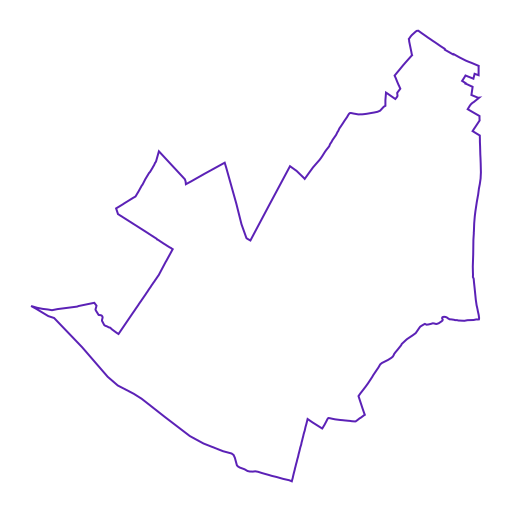 outline of Zacatelco, Tlaxcala, Mexico
{"feature_id": "50627088B32824075530997", "entity_name": "Zacatelco", "entity_type": "district", "adm_level": 2, "iso_a3": "MEX", "parent_name": "Mexico", "parent_adm1": "Tlaxcala", "projection": "mercator", "projection_center": [-98.258, 19.197], "detail": "fine", "context": "isolated", "style": "outline", "palette": "violet", "viewbox_px": 512, "rotation_deg": 0, "n_neighbors": 0, "source": "geoboundaries", "source_scale": "gbopen_adm2", "svg_char_len": 5958}
<svg xmlns="http://www.w3.org/2000/svg" viewBox="0 0 512 512"><path d="M133.8,393.8L141.7,398.8L164.9,417.0L189.9,436.1L203.5,443.5L223.0,451.2L231.6,453.5L233.6,455.0L234.9,457.9L236.9,465.3L237.9,466.4L239.7,467.5L244.6,469.3L247.5,471.0L249.7,471.5L252.8,471.6L255.3,471.3L258.1,471.8L261.8,473.0L265.7,474.1L268.6,474.9L271.9,475.9L276.6,477.0L283.2,478.9L289.1,480.2L291.8,481.3L292.0,480.5L292.1,480.1L292.8,477.7L292.9,477.0L293.3,475.3L293.8,473.2L294.8,469.4L294.9,468.7L295.5,466.5L296.0,464.4L296.5,462.6L296.7,461.9L296.8,461.5L297.0,460.6L297.5,458.6L298.0,457.0L298.6,454.2L299.5,450.8L300.3,447.4L301.1,444.9L301.2,444.5L301.6,442.4L302.0,441.0L302.6,438.5L303.2,436.2L303.6,434.4L304.2,432.2L304.7,430.7L305.5,427.0L306.3,424.2L307.6,419.0L309.6,420.4L312.5,422.4L314.9,423.9L318.7,426.3L322.2,428.5L322.7,427.8L324.0,425.6L324.4,425.0L325.4,423.1L326.3,421.4L326.6,420.8L327.3,419.4L327.9,418.4L328.6,418.0L329.8,418.2L332.9,418.9L334.0,419.1L334.9,419.3L336.4,419.5L338.8,419.8L340.4,420.0L342.8,420.2L344.5,420.4L346.6,420.6L348.6,420.8L350.0,420.9L351.7,421.2L353.0,421.3L354.5,421.4L355.6,421.4L356.9,420.5L359.8,418.2L360.3,418.0L361.2,417.4L364.4,415.0L364.8,414.8L364.7,414.5L363.8,412.1L362.4,408.0L359.9,400.4L358.5,396.1L360.3,393.5L365.5,386.8L367.9,383.5L370.8,379.1L372.3,376.8L373.2,375.2L376.7,370.0L378.3,367.7L380.2,364.4L381.9,363.0L386.3,360.8L388.1,359.9L391.4,357.8L392.8,356.6L393.6,355.3L394.2,353.9L395.4,352.3L397.9,349.3L401.1,345.3L401.8,343.9L406.1,339.9L407.3,338.9L413.0,335.1L415.3,333.4L415.7,333.1L417.1,331.1L419.3,327.9L420.2,326.7L421.2,326.0L423.7,324.5L424.9,323.9L425.5,324.2L426.6,324.7L427.3,324.6L428.2,324.5L430.9,323.9L432.7,323.3L433.9,323.4L435.7,323.9L436.3,324.0L437.2,323.8L438.8,323.2L440.7,321.9L441.6,321.3L442.5,320.5L442.7,319.7L442.1,318.2L442.3,317.4L442.7,317.1L443.4,316.9L444.3,316.8L445.7,317.0L447.4,317.8L448.0,318.4L449.6,319.3L451.4,319.4L454.1,319.8L455.0,320.1L456.9,320.1L458.4,320.5L464.4,320.8L467.4,320.2L473.6,320.0L476.3,319.4L477.5,319.5L478.9,319.4L479.0,319.0L479.1,318.0L478.7,315.0L477.8,310.9L477.7,310.5L477.7,310.2L477.1,307.4L476.6,305.3L475.8,299.8L474.7,288.9L474.0,282.4L473.7,278.9L473.6,278.5L473.5,278.3L472.9,277.0L473.0,274.9L472.9,271.6L472.8,266.5L473.2,254.4L473.4,239.9L473.6,236.6L473.8,233.7L473.8,232.2L473.9,231.5L474.2,223.3L474.8,216.1L475.4,211.3L476.8,202.0L477.8,196.4L478.1,194.9L478.8,189.5L478.9,188.7L479.6,185.1L479.8,184.1L480.6,178.5L480.9,172.4L480.7,163.6L480.5,158.1L480.3,154.2L480.1,146.7L479.9,141.7L479.9,139.2L479.8,135.5L478.8,134.9L476.8,133.7L472.6,131.1L474.0,128.9L474.9,127.6L479.6,120.5L479.5,118.3L479.5,116.0L475.1,113.5L467.7,109.2L469.9,105.6L470.9,104.3L472.4,102.9L473.7,102.1L478.5,98.2L479.1,97.7L478.2,97.8L471.4,95.0L472.6,87.0L472.6,86.8L471.0,86.1L468.6,85.0L467.4,84.4L465.4,83.6L465.6,83.1L462.1,80.9L463.1,79.4L464.4,77.4L465.5,75.5L473.4,78.7L474.6,73.8L478.6,75.2L478.6,69.9L478.6,67.5L478.7,65.9L477.3,65.3L471.6,62.9L468.7,61.8L465.8,60.6L459.5,57.4L453.6,54.1L453.2,54.5L444.8,49.7L444.8,48.9L440.5,46.1L434.7,42.1L432.4,40.6L430.7,39.4L427.7,37.4L426.2,36.3L421.9,33.3L419.1,31.3L418.3,30.7L417.5,30.8L416.7,30.9L415.7,31.6L411.8,35.1L410.6,36.5L409.6,38.0L408.8,39.0L409.0,39.7L409.1,40.2L409.2,41.5L410.2,46.4L411.4,52.2L411.7,53.9L411.9,54.8L412.1,55.2L411.3,56.0L404.9,63.2L403.8,64.5L403.5,64.8L400.8,68.1L394.6,75.6L395.8,78.2L397.1,81.5L398.6,85.0L399.0,85.7L399.5,86.9L400.0,88.0L400.3,88.7L397.3,92.7L397.2,93.0L397.5,95.7L397.4,96.1L397.2,96.6L396.5,97.6L395.3,99.0L387.4,93.5L386.3,92.8L386.0,92.6L385.4,100.3L385.4,103.9L385.4,105.3L385.4,105.8L383.7,106.8L380.1,110.7L377.5,111.8L374.2,112.5L371.2,113.0L366.7,113.8L363.5,114.2L362.4,114.3L358.3,114.4L355.0,113.8L353.8,113.6L351.5,113.1L350.1,113.0L349.1,113.7L348.1,115.2L347.1,117.0L344.4,120.9L343.2,122.8L340.8,126.4L339.4,128.4L338.1,131.2L337.5,132.0L336.1,134.9L332.6,139.9L331.3,142.3L330.1,144.0L329.2,146.3L326.1,150.2L324.9,151.9L322.4,155.9L320.9,158.1L320.3,158.9L319.3,160.2L316.3,163.6L313.0,167.4L309.5,172.2L304.7,178.9L303.7,177.8L296.7,171.0L290.0,166.2L269.5,204.5L250.4,240.5L247.2,238.7L246.4,238.0L241.5,224.3L236.3,203.6L226.2,167.6L224.7,162.7L206.3,172.8L204.1,174.0L191.1,181.4L185.9,184.2L185.6,181.5L184.9,179.3L158.9,151.3L156.1,161.2L155.5,162.4L155.4,162.5L155.1,162.8L154.2,164.9L153.5,166.1L153.1,166.7L152.6,167.7L150.0,172.0L149.1,172.9L145.3,179.2L142.5,184.7L141.8,185.5L138.5,191.5L135.5,196.5L132.7,198.1L123.7,203.7L123.5,203.9L119.6,206.3L116.1,208.4L118.0,214.1L148.2,233.3L149.2,234.0L156.7,238.8L157.0,239.4L157.4,239.5L159.1,240.5L159.9,241.1L160.7,241.6L161.4,242.1L161.9,242.4L162.4,242.7L162.8,243.0L163.2,243.3L163.6,243.5L164.0,243.8L164.5,244.1L164.9,244.3L165.3,244.6L165.7,244.8L166.1,245.1L166.5,245.4L166.9,245.6L167.3,245.9L167.7,246.1L168.1,246.4L168.5,246.6L168.9,246.9L169.3,247.1L169.7,247.4L170.2,247.6L170.6,247.8L171.0,248.0L171.4,248.4L171.8,248.6L172.2,248.9L172.7,249.2L166.2,261.1L165.8,261.7L159.4,273.8L159.0,274.6L158.4,275.6L157.8,276.3L157.2,277.3L156.6,278.1L156.1,278.9L155.5,279.7L154.9,280.6L154.4,281.4L153.8,282.2L153.2,283.0L152.7,283.8L152.5,284.1L151.9,284.9L151.3,285.8L150.7,286.8L148.8,289.5L148.1,290.6L147.4,291.7L146.6,292.8L145.9,293.9L145.3,294.8L144.6,295.8L143.9,296.8L143.3,297.7L142.6,298.7L141.9,299.7L141.3,300.6L140.7,301.5L140.0,302.4L139.5,303.2L138.9,304.0L138.4,304.9L137.8,305.7L137.3,306.5L136.5,307.6L135.6,308.9L134.9,310.0L132.8,313.0L118.5,334.0L116.5,332.7L112.0,329.4L110.2,327.7L108.9,327.4L106.6,326.2L105.3,325.8L104.2,325.0L102.1,321.0L102.0,320.8L102.0,320.0L102.6,317.6L102.4,316.5L101.7,315.6L100.8,315.2L98.9,315.0L98.6,314.9L95.8,310.4L95.5,309.5L95.6,309.0L96.1,307.3L96.5,305.7L94.3,302.8L78.7,306.0L77.1,306.6L57.5,309.1L52.0,310.2L47.9,309.5L42.8,308.9L37.2,307.8L31.1,306.0L36.0,308.7L48.3,316.1L54.1,318.0L82.1,347.2L107.7,376.8L117.8,385.5L133.8,393.8Z" fill="none" stroke="#5b21b6" stroke-width="2"/></svg>